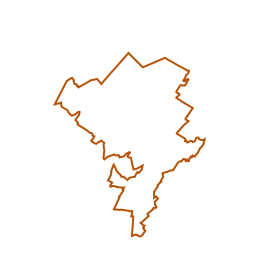 outline of Īslīces pag., Bauska, Latvia, rotated 128°
{"feature_id": "27541924B75327905371768", "entity_name": "Īslīces pag.", "entity_type": "district", "adm_level": 2, "iso_a3": "LVA", "parent_name": "Latvia", "parent_adm1": "Bauska", "projection": "natural_earth1", "projection_center": [24.139, 56.325], "detail": "fine", "context": "isolated", "style": "outline", "palette": "amber", "viewbox_px": 256, "rotation_deg": 128, "n_neighbors": 0, "source": "geoboundaries", "source_scale": "gbopen_adm2", "svg_char_len": 5248}
<svg xmlns="http://www.w3.org/2000/svg" viewBox="0 0 256 256"><g transform="rotate(128 128 128)"><path d="M210.7,58.5L210.3,58.2L210.1,58.0L209.6,57.8L208.8,57.4L207.7,56.7L207.3,56.3L206.9,55.8L206.9,55.6L206.8,55.3L206.8,55.0L206.7,54.8L206.8,54.6L206.5,54.0L206.5,53.7L206.6,53.3L206.6,52.7L206.3,52.1L206.0,51.7L205.6,51.4L204.8,51.0L204.2,50.9L202.5,50.8L201.9,50.9L201.3,50.9L200.8,50.9L200.0,51.0L198.4,51.0L198.1,53.0L197.7,54.2L197.2,54.1L196.9,54.0L196.5,55.1L194.9,54.8L195.1,57.8L195.1,58.9L195.0,60.7L194.9,59.1L192.8,59.0L189.7,58.4L188.9,58.3L188.3,58.2L185.4,57.6L185.2,57.6L184.6,57.5L183.8,59.8L182.1,59.5L176.0,58.1L175.8,58.7L172.9,57.3L173.2,56.8L172.9,56.8L172.2,58.0L171.8,59.2L171.6,59.5L169.8,61.5L165.2,60.8L164.8,62.4L164.8,62.5L164.7,62.9L164.6,63.6L167.0,64.4L162.2,68.2L160.5,68.3L160.4,68.4L157.4,68.5L157.2,68.5L156.3,68.4L155.5,68.7L155.4,69.3L155.2,69.4L154.4,69.6L153.8,69.4L151.9,69.1L151.4,69.2L151.1,69.2L150.8,69.0L149.8,68.6L149.7,68.7L149.7,69.5L144.5,70.4L142.5,73.0L142.0,72.7L139.7,71.1L138.7,70.5L138.7,70.2L136.7,69.1L136.2,69.0L133.2,66.4L132.5,66.5L132.0,66.6L128.7,66.9L126.6,67.2L124.5,67.3L122.1,66.5L121.7,65.5L118.6,65.2L118.5,65.3L117.7,64.3L117.7,64.2L117.5,63.6L117.6,63.4L118.3,62.6L116.7,62.2L117.8,61.0L116.6,59.8L116.5,59.7L114.2,60.8L111.4,60.8L111.4,60.3L111.6,59.7L109.8,59.9L109.6,57.9L103.9,57.8L99.7,58.7L95.4,58.4L95.0,58.4L92.2,59.5L90.2,60.4L89.9,60.6L89.7,60.7L90.2,60.9L91.2,61.4L91.6,61.7L91.8,61.8L92.0,62.4L93.0,64.9L93.0,65.1L92.9,65.4L92.4,66.0L92.3,66.3L92.2,66.7L92.2,66.9L92.4,67.1L93.5,67.9L93.7,68.0L94.1,68.0L94.5,68.0L96.5,67.4L97.0,67.3L97.5,67.3L98.8,67.9L99.0,68.1L99.0,68.3L99.0,69.7L99.0,69.9L99.1,70.1L99.4,70.5L99.9,70.8L102.7,72.1L102.8,72.2L102.9,72.3L102.9,72.6L102.4,73.4L102.4,73.7L102.5,73.9L103.2,75.0L101.6,75.6L101.5,75.8L101.3,76.0L101.2,76.3L101.3,76.5L102.4,86.0L102.2,86.4L92.7,85.9L90.7,85.6L89.5,85.4L88.5,85.1L86.7,84.7L85.3,84.4L85.3,84.6L85.8,87.7L85.8,87.8L85.4,88.3L85.1,88.5L84.8,88.6L84.2,88.5L72.4,89.2L73.9,100.8L74.1,105.1L74.3,105.9L74.3,106.0L74.5,108.5L74.2,108.7L70.1,107.9L69.7,108.2L69.5,108.4L70.0,111.6L69.5,112.4L61.9,113.1L61.8,112.6L59.4,109.2L55.6,109.8L51.7,110.4L52.0,110.5L52.5,111.0L54.2,111.5L54.3,111.5L54.7,112.1L56.3,112.1L56.7,113.5L56.3,113.6L55.9,113.7L54.9,113.6L53.7,113.7L52.3,114.2L52.2,114.2L50.7,114.7L47.3,114.3L46.8,114.5L45.3,115.3L46.3,116.8L46.4,117.0L46.5,119.3L47.1,122.6L48.0,127.9L48.7,133.1L49.0,135.0L50.0,142.1L53.3,143.9L71.1,153.7L68.6,173.8L89.4,175.0L95.3,175.4L102.7,175.8L109.7,176.2L109.6,176.4L109.6,176.5L108.7,181.1L108.4,182.2L108.4,182.5L113.1,186.5L118.5,188.7L126.4,192.0L125.9,193.0L126.2,193.2L126.3,193.3L126.4,193.6L126.4,193.8L125.9,193.9L125.7,194.0L125.4,194.9L125.4,195.2L125.5,195.3L125.7,195.9L125.6,196.1L126.3,197.0L124.5,199.8L124.1,199.8L123.9,199.9L123.6,200.2L123.5,200.4L123.6,200.6L123.1,201.7L123.3,202.2L123.0,203.1L126.1,204.3L128.4,205.2L128.7,205.1L130.1,204.9L134.3,204.1L149.6,201.2L154.4,200.3L152.8,199.0L149.6,196.4L149.2,196.3L150.3,195.5L152.1,193.4L151.8,190.6L151.3,186.6L152.2,185.0L152.3,184.6L152.7,182.9L152.9,181.2L152.9,179.9L149.8,178.0L148.3,177.6L148.2,177.7L145.9,177.1L145.9,176.6L145.3,176.1L145.2,176.0L145.3,175.9L145.5,175.8L147.5,174.8L147.7,174.7L149.7,174.6L154.0,174.4L154.4,172.7L154.7,170.4L154.8,170.3L156.3,170.0L155.6,163.3L155.3,160.9L155.1,158.6L155.2,158.4L155.2,154.7L154.4,153.2L154.4,152.9L154.6,152.5L154.9,151.9L155.8,151.2L155.3,149.4L159.1,148.9L159.3,148.9L159.8,148.9L160.5,149.3L160.9,148.4L160.9,147.6L160.6,145.3L160.1,143.3L157.1,142.5L156.8,142.4L154.7,141.3L154.5,141.2L154.4,139.7L154.3,137.6L156.1,137.0L159.1,134.2L160.8,132.4L164.1,130.7L164.6,130.0L164.7,129.9L165.4,129.7L165.6,129.6L167.1,128.5L167.2,127.2L163.4,126.4L163.0,126.2L161.8,125.4L157.6,122.8L157.4,122.7L157.3,122.0L157.2,120.9L155.8,119.4L155.1,118.5L155.2,118.3L155.2,118.1L156.4,117.0L156.4,116.9L156.4,116.7L155.7,116.0L153.6,114.3L153.1,114.1L152.2,113.8L148.9,113.4L148.5,113.3L148.4,113.2L148.1,112.6L147.9,112.4L146.4,112.2L146.2,112.1L146.1,111.6L146.1,111.4L150.6,111.0L150.9,109.7L150.7,109.2L149.6,107.4L152.4,104.1L154.1,102.1L157.3,98.1L154.8,96.1L148.6,93.3L148.8,93.2L151.9,91.8L152.9,91.6L153.5,91.6L156.8,92.0L157.0,93.5L160.3,93.1L162.2,92.5L163.3,93.7L166.3,96.2L169.3,96.4L169.3,96.5L169.1,101.6L170.1,102.3L170.3,102.7L170.5,103.3L169.7,104.4L169.5,105.7L169.4,106.6L169.4,108.2L169.3,109.2L166.3,115.4L165.6,116.7L166.0,116.7L166.7,116.5L169.6,115.6L172.7,114.5L172.6,114.3L174.1,113.3L175.8,112.5L177.3,112.3L177.7,112.1L181.6,111.5L181.5,110.8L180.8,106.9L183.1,106.8L183.5,106.7L184.9,106.2L184.8,105.8L184.7,105.7L184.7,105.3L184.7,105.2L182.9,104.2L181.8,101.9L181.4,100.9L181.0,100.2L180.9,99.9L181.0,99.9L178.9,96.4L177.4,94.5L179.8,94.3L179.6,93.7L181.0,92.9L183.9,92.9L185.7,92.7L185.7,92.8L187.5,92.8L187.6,92.5L187.7,92.0L188.3,92.0L189.8,91.6L193.0,90.9L194.5,90.5L200.8,89.0L200.5,88.2L199.5,87.3L199.3,86.8L197.6,84.1L196.8,83.4L196.1,82.4L195.0,80.3L193.1,77.0L192.6,76.0L192.6,75.9L192.6,75.5L190.9,73.5L194.7,71.1L195.0,71.4L195.7,71.0L194.5,69.3L197.4,67.3L197.6,67.1L200.5,65.3L202.1,64.1L208.7,59.8L209.0,59.7L209.3,59.5L210.7,58.5Z" fill="none" stroke="#b45309" stroke-width="2"/></g></svg>